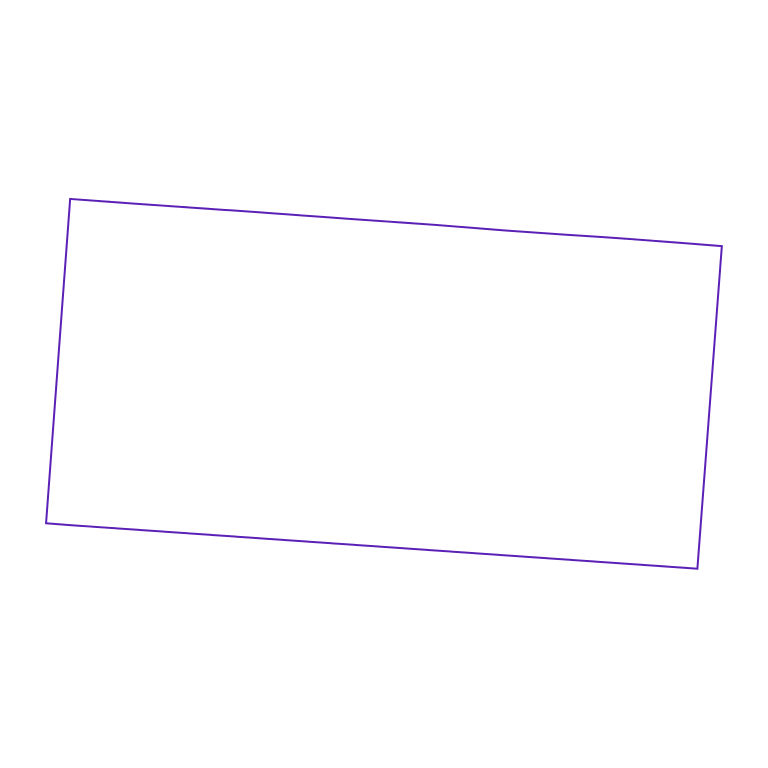 the district of McIntosh, North Dakota, United States of America, rotated 184°
{"feature_id": "52423323B18464688172612", "entity_name": "McIntosh", "entity_type": "district", "adm_level": 2, "iso_a3": "USA", "parent_name": "United States of America", "parent_adm1": "North Dakota", "projection": "natural_earth1", "projection_center": [-99.421, 46.112], "detail": "fine", "context": "isolated", "style": "outline", "palette": "violet", "viewbox_px": 768, "rotation_deg": 184, "n_neighbors": 0, "source": "geoboundaries", "source_scale": "gbopen_adm2", "svg_char_len": 559}
<svg xmlns="http://www.w3.org/2000/svg" viewBox="0 0 768 768"><g transform="rotate(184 384 384)"><path d="M685.8,221.3L58.5,221.6L56.6,545.1L87.6,545.4L153.5,545.8L154.2,545.7L154.3,545.8L155.4,545.8L177.7,545.8L196.4,545.7L212.2,545.6L257.6,545.6L274.3,545.6L345.8,546.3L347.9,546.3L414.4,546.3L426.1,546.3L431.4,546.3L456.5,546.4L476.7,546.4L492.1,546.5L502.1,546.5L507.8,546.5L521.7,546.6L548.2,546.6L548.6,546.6L554.6,546.5L555.4,546.5L637.8,546.5L644.9,546.5L710.0,546.7L711.4,221.5L685.8,221.3Z" fill="none" stroke="#5b21b6" stroke-width="2"/></g></svg>